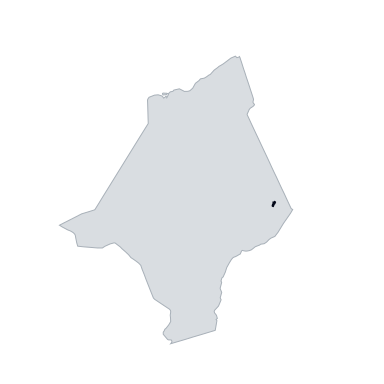 Bomachoge Chache, Nyanza, Kenya shown in context, rotated 212°
{"feature_id": "3690345B65258571851787", "entity_name": "Bomachoge Chache", "entity_type": "district", "adm_level": 2, "iso_a3": "KEN", "parent_name": "Kenya", "parent_adm1": "Nyanza", "projection": "natural_earth1", "projection_center": [34.714, -0.804], "detail": "fine", "context": "in_parent", "style": "filled", "palette": "ink", "viewbox_px": 384, "rotation_deg": 212, "n_neighbors": 0, "source": "geoboundaries", "source_scale": "gbopen_adm2", "svg_char_len": 3614}
<svg xmlns="http://www.w3.org/2000/svg" viewBox="0 0 384 384"><g transform="rotate(212 192 192)"><path d="M97.3,230.5L97.2,225.9L97.8,213.9L97.7,203.5L98.2,198.2L100.5,194.9L101.5,192.5L102.2,189.1L103.4,186.4L106.1,184.1L106.5,182.9L109.3,179.2L111.0,174.4L112.3,172.7L113.9,171.2L115.0,170.4L116.8,169.6L118.3,169.2L118.6,168.8L118.7,168.0L118.2,165.0L118.8,164.1L119.8,162.1L120.9,160.2L121.9,159.0L122.5,157.8L122.8,155.7L122.8,154.2L122.8,151.8L122.5,146.3L121.3,141.7L120.6,136.5L121.1,134.8L120.2,131.8L119.7,131.6L118.9,131.0L118.0,128.1L117.2,125.5L116.8,124.9L113.6,122.6L112.0,117.2L110.2,116.0L109.3,110.7L109.1,109.2L110.1,103.9L110.0,102.6L108.9,101.5L105.9,100.4L103.5,98.2L103.8,97.4L104.0,96.6L102.7,96.1L99.0,87.0L103.8,81.5L108.6,76.0L114.8,69.0L120.4,62.5L125.3,57.0L129.7,52.0L129.6,52.9L129.6,54.2L130.2,55.0L131.1,55.5L132.3,54.9L133.4,54.2L134.5,54.0L141.0,56.1L142.1,57.9L142.0,59.8L142.3,61.2L141.8,62.6L141.3,66.9L141.4,70.8L143.4,73.7L145.2,76.0L146.6,79.2L147.6,80.2L149.0,80.7L153.5,80.8L160.2,81.0L166.6,81.2L167.2,81.3L168.6,81.7L174.5,86.0L179.9,90.0L184.5,93.4L188.9,96.8L193.3,100.0L196.6,102.7L199.9,103.5L205.3,103.9L209.0,104.0L212.5,105.2L217.6,106.2L221.4,106.8L223.7,107.4L230.1,108.0L231.1,107.6L233.9,104.6L237.1,99.8L238.3,97.1L242.4,94.5L249.6,90.8L254.6,88.2L260.2,85.5L262.8,87.8L266.3,91.5L267.9,93.3L269.1,94.1L271.1,94.6L273.4,94.6L274.7,94.5L277.3,94.0L283.3,93.6L286.8,93.6L283.9,98.5L280.4,104.3L274.0,115.0L269.1,120.6L265.4,124.9L265.0,125.6L265.0,130.4L265.1,141.9L265.2,165.1L265.3,188.3L265.4,211.4L265.4,223.0L265.4,226.9L268.7,231.8L271.8,236.5L276.0,242.8L278.3,246.2L278.7,247.3L278.6,249.6L275.1,254.3L272.2,256.5L268.4,257.5L267.3,257.3L265.8,256.6L265.2,257.8L264.8,259.5L263.9,259.1L263.3,258.6L263.6,261.8L264.0,263.3L263.5,265.4L261.6,267.2L261.4,268.8L257.4,272.8L251.7,273.3L248.7,275.3L247.4,276.9L246.4,280.5L246.7,286.0L245.1,290.2L244.8,292.4L241.9,295.1L240.6,297.6L239.6,300.2L238.8,301.3L237.8,307.1L236.4,310.6L236.0,311.7L235.7,312.8L234.6,314.8L233.9,316.2L233.4,317.2L230.0,326.1L227.2,330.2L225.1,329.7L223.7,331.3L223.6,332.0L222.8,331.6L221.0,330.1L217.4,327.1L213.8,324.0L210.1,321.0L206.5,317.9L202.8,314.9L199.2,311.9L195.5,308.8L191.9,305.8L189.8,304.0L188.8,303.0L188.1,300.9L187.7,300.3L186.7,299.7L185.6,299.5L185.3,299.1L185.3,298.1L185.7,296.7L187.0,293.9L187.2,292.2L186.9,290.4L186.5,287.4L186.1,286.7L183.7,285.2L178.7,281.9L173.6,278.6L168.5,275.3L163.5,272.1L158.4,268.8L153.3,265.5L148.3,262.3L143.2,259.0L138.2,255.7L133.1,252.4L128.0,249.2L123.0,245.9L117.9,242.6L112.8,239.4L107.8,236.1L102.7,232.8L100.8,231.6L99.1,230.5L97.3,230.5ZM265.8,262.3L264.9,262.6L265.3,261.0L267.9,259.0L269.0,259.4L269.2,259.9L269.1,260.3L268.7,260.7L265.8,262.3Z" fill="#d9dde1" stroke="#a8b0b8" stroke-width="1"/><path d="M116.5,222.8L116.4,222.8L116.2,222.8L116.0,222.7L115.9,222.7L115.7,222.8L115.8,222.9L115.7,223.0L115.7,223.3L115.6,223.5L115.7,223.8L115.8,223.9L115.8,224.0L115.8,224.3L115.8,224.5L115.9,224.8L116.0,224.9L116.1,225.0L116.1,225.3L115.9,225.5L115.7,225.7L115.7,225.8L115.7,226.0L115.8,226.0L115.8,226.3L115.8,226.5L115.9,226.8L115.9,227.0L115.9,227.3L115.9,227.5L116.0,227.6L116.3,227.6L116.5,227.6L116.8,227.6L116.8,227.4L116.9,227.2L116.8,226.9L116.9,226.7L117.0,226.7L117.1,226.4L117.3,226.4L117.4,226.5L117.5,226.5L117.7,226.4L117.6,226.2L117.4,226.0L117.4,225.9L117.2,225.8L117.2,225.7L117.1,225.4L117.0,225.2L117.0,224.9L117.0,224.7L117.0,224.4L116.9,224.3L116.9,224.2L116.9,223.9L116.7,223.7L116.6,223.4L116.6,223.2L116.6,222.9L116.5,222.8Z" fill="#0f172a" stroke="#020617" stroke-width="1.5"/></g></svg>